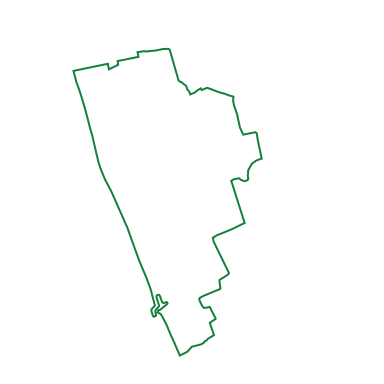 outline of San José, Escuintla, Guatemala, rotated 72°
{"feature_id": "79465075B23443659204690", "entity_name": "San José", "entity_type": "district", "adm_level": 2, "iso_a3": "GTM", "parent_name": "Guatemala", "parent_adm1": "Escuintla", "projection": "mercator", "projection_center": [-90.841, 13.971], "detail": "fine", "context": "isolated", "style": "outline", "palette": "green", "viewbox_px": 384, "rotation_deg": 72, "n_neighbors": 0, "source": "geoboundaries", "source_scale": "gbopen_adm2", "svg_char_len": 2436}
<svg xmlns="http://www.w3.org/2000/svg" viewBox="0 0 384 384"><g transform="rotate(72 192 192)"><path d="M334.9,215.3L321.9,215.5L321.6,214.6L320.0,208.8L319.1,208.5L318.4,208.8L306.7,210.7L306.7,211.6L306.1,216.4L303.2,217.6L297.9,218.3L296.2,218.3L295.1,217.3L294.3,212.8L292.9,195.0L292.2,194.7L285.5,193.5L284.1,192.9L283.8,191.9L282.0,184.3L281.1,182.3L280.4,181.9L245.4,186.8L241.9,186.2L241.7,185.5L241.6,184.6L240.9,182.0L239.6,164.7L238.1,154.5L237.9,152.9L237.7,151.5L193.5,151.2L192.9,148.4L193.4,143.1L195.7,141.6L198.0,138.6L198.0,135.5L196.7,134.3L193.9,134.0L190.9,132.6L189.7,132.4L188.0,131.1L183.7,126.4L181.9,121.1L181.8,115.4L163.2,113.4L156.0,112.3L154.7,113.3L153.3,125.5L145.6,126.5L131.9,125.1L122.7,125.3L117.9,124.7L114.1,123.2L111.3,127.3L108.3,131.1L105.0,136.1L101.9,139.8L97.6,145.3L98.0,151.2L96.2,151.6L96.8,154.7L98.3,158.9L98.6,163.6L95.4,163.6L93.0,164.8L89.5,164.7L84.1,168.3L82.7,170.0L81.4,170.3L49.7,169.2L48.5,170.4L47.0,175.8L46.2,182.9L44.1,192.6L43.3,193.7L42.2,200.6L46.9,201.1L44.5,222.3L48.2,222.9L49.7,233.1L44.7,232.5L44.1,232.4L43.8,234.7L40.2,267.3L51.8,268.0L58.6,267.7L69.8,267.7L81.0,268.1L90.1,268.6L99.9,269.2L107.4,269.4L119.6,270.5L129.5,271.3L133.9,271.7L140.4,271.7L141.4,271.7L142.1,271.7L147.3,271.3L152.9,270.9L166.4,268.6L177.3,267.4L186.7,266.5L204.2,264.7L205.6,264.5L227.5,263.9L232.8,263.7L241.2,263.4L259.2,261.9L265.4,261.6L272.2,261.4L273.9,261.5L285.7,262.2L287.2,262.2L288.2,262.3L289.0,262.9L289.3,263.6L289.7,264.3L290.1,265.2L291.0,266.6L291.5,267.0L292.3,267.3L293.6,267.4L295.8,267.4L297.2,267.4L298.7,267.1L298.9,266.3L298.7,265.3L298.5,264.5L297.7,264.2L296.9,264.1L295.9,264.0L294.5,263.9L293.9,263.7L293.3,263.3L292.9,262.9L292.5,262.1L291.1,259.7L290.4,258.6L289.5,258.4L282.2,258.3L281.2,258.3L280.4,258.1L279.6,257.6L279.3,256.6L279.4,255.4L279.9,254.9L280.7,254.7L281.7,254.6L282.4,254.6L284.4,254.6L286.0,254.5L286.7,254.5L287.6,254.3L288.2,254.1L288.8,253.3L288.9,252.6L288.8,251.3L288.8,250.4L289.1,249.8L290.1,249.6L290.7,250.0L291.0,250.6L292.3,253.7L293.3,256.4L293.8,257.8L294.2,259.0L294.0,260.1L294.4,260.7L295.0,261.1L295.8,261.9L296.7,261.3L297.0,260.8L297.5,260.3L298.3,259.5L298.9,259.3L300.9,258.8L310.1,257.3L315.0,256.9L322.3,256.3L330.5,255.3L336.8,254.8L342.3,254.2L343.8,254.1L342.5,245.8L339.1,239.9L339.7,230.7L339.2,227.6L338.2,226.5L337.4,223.3L336.5,222.2L334.9,215.3Z" fill="none" stroke="#15803d" stroke-width="2"/></g></svg>